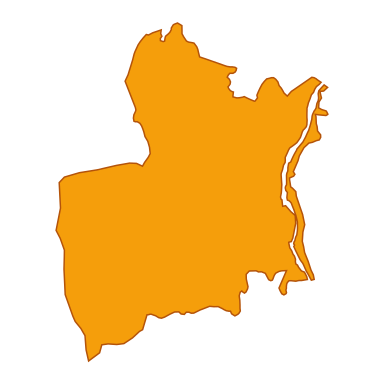 outline of Markz Samalut, Al Minya, Egypt
{"feature_id": "37247803B46419468197970", "entity_name": "Markz Samalut", "entity_type": "district", "adm_level": 2, "iso_a3": "EGY", "parent_name": "Egypt", "parent_adm1": "Al Minya", "projection": "orthographic", "projection_center": [30.711, 28.284], "detail": "fine", "context": "isolated", "style": "filled", "palette": "amber", "viewbox_px": 384, "rotation_deg": 0, "n_neighbors": 0, "source": "geoboundaries", "source_scale": "gbopen_adm2", "svg_char_len": 5613}
<svg xmlns="http://www.w3.org/2000/svg" viewBox="0 0 384 384"><path d="M307.4,279.5L306.8,276.8L305.3,273.7L304.4,272.1L301.4,270.9L298.6,267.3L297.5,265.1L295.8,263.9L295.4,261.6L295.5,259.2L294.4,256.1L292.9,254.0L291.8,251.0L289.8,247.9L288.9,243.6L288.7,242.3L288.8,242.2L291.3,241.6L292.8,238.1L295.7,223.3L295.2,215.5L290.9,211.7L285.6,205.7L282.7,206.3L282.4,204.1L282.1,201.2L282.0,199.9L281.1,199.2L280.5,197.0L281.3,192.9L281.5,190.4L281.7,186.1L281.8,184.8L281.5,180.5L281.3,177.3L281.1,174.7L281.3,173.1L282.5,169.8L283.5,165.3L283.6,165.0L285.1,162.5L285.3,160.2L285.2,157.4L285.8,156.2L287.3,152.9L288.6,149.9L289.8,147.9L291.7,146.6L294.7,144.4L296.8,142.7L298.4,140.5L300.4,137.5L301.5,134.4L302.3,131.8L303.4,129.8L304.4,129.0L306.3,126.7L306.9,124.6L306.9,123.9L307.1,120.3L306.9,117.3L306.9,113.2L307.0,109.8L307.0,108.1L307.7,105.8L308.4,102.8L309.9,99.2L311.4,94.8L313.5,92.4L314.8,89.2L316.4,86.6L319.4,84.2L321.1,82.3L318.5,80.6L316.7,79.3L316.2,78.8L314.1,77.7L311.8,77.3L309.8,78.7L293.3,90.1L291.6,91.2L291.0,91.8L290.4,92.5L289.0,94.1L287.3,96.1L284.0,93.0L282.9,90.9L281.3,88.2L279.1,85.6L277.9,81.9L275.7,79.2L273.6,77.7L271.4,77.7L269.3,78.3L266.7,78.9L264.6,81.1L264.0,81.8L262.0,84.4L260.0,88.2L258.5,91.4L256.9,95.2L257.5,97.9L256.1,99.7L254.9,101.2L254.4,101.2L250.7,99.7L247.4,98.2L244.2,96.6L242.6,97.2L238.9,97.8L236.8,97.9L233.0,96.9L233.0,96.1L233.0,95.3L233.4,92.0L231.8,91.5L230.2,90.5L228.6,88.4L228.0,86.8L229.0,85.7L230.1,84.1L230.5,81.9L229.4,79.3L227.2,77.2L228.3,75.0L229.8,73.3L233.0,73.3L235.1,72.1L236.1,70.5L236.5,68.7L236.6,68.3L235.0,67.3L232.4,66.9L230.2,66.9L227.0,66.4L224.3,65.5L205.8,59.0L202.2,57.8L199.6,56.9L198.4,52.1L197.8,49.4L196.7,46.7L194.0,43.1L191.8,42.6L188.6,42.1L187.2,41.4L186.5,41.1L183.7,36.9L182.0,33.7L182.0,31.5L182.0,31.2L182.0,30.7L181.9,25.6L177.5,23.0L174.4,24.2L173.3,24.8L171.3,28.0L171.3,29.6L169.8,32.4L168.2,34.0L165.6,36.2L165.1,37.8L164.6,41.1L163.1,41.6L160.4,40.6L160.3,38.5L161.9,36.3L160.7,33.6L161.2,29.9L152.7,32.8L148.5,35.0L146.3,34.5L143.3,37.8L140.2,41.7L138.1,44.9L135.3,51.0L135.1,51.4L134.1,54.1L132.6,60.1L130.6,66.6L129.6,69.8L128.1,74.7L125.1,81.2L135.3,107.3L135.9,109.9L135.7,110.7L135.4,111.6L133.9,114.8L133.4,118.1L134.0,121.3L135.6,121.8L137.2,121.7L139.9,123.3L141.6,125.9L142.7,128.6L143.8,131.8L145.0,136.6L147.8,141.3L149.5,147.2L150.2,153.6L148.2,157.4L144.6,162.4L142.5,166.2L136.5,163.4L129.6,163.1L116.5,165.4L97.0,169.9L79.4,172.7L64.4,177.1L59.2,182.6L60.5,208.1L56.1,230.4L60.2,238.3L64.4,250.1L64.3,256.9L64.0,269.2L65.2,294.6L72.8,316.0L75.2,321.5L80.9,328.5L83.3,332.7L85.0,335.6L86.1,349.9L88.6,361.0L99.6,352.8L101.8,344.8L108.1,343.9L116.8,344.5L123.9,343.6L132.5,337.9L139.5,331.4L142.6,329.7L147.0,314.8L147.6,314.8L148.1,314.8L150.2,314.2L151.2,314.2L153.9,315.2L155.5,315.7L158.8,317.7L161.5,318.2L164.6,317.1L169.9,314.2L174.6,312.0L178.9,311.9L181.1,314.0L184.3,314.4L186.3,312.2L189.0,312.2L191.2,313.2L193.8,313.1L200.7,309.7L201.4,309.5L209.6,306.3L213.9,306.7L218.2,306.6L219.0,307.0L222.5,308.7L224.1,309.7L225.2,310.2L226.2,310.7L228.9,311.2L230.5,311.2L231.6,313.8L233.3,314.9L234.9,315.9L237.5,314.5L238.0,314.2L239.1,313.1L240.3,311.0L240.0,308.3L240.0,305.0L239.8,300.2L239.2,295.9L240.2,292.2L241.8,291.0L242.9,292.1L244.5,293.1L246.0,292.0L247.6,288.8L248.0,286.6L247.5,284.5L246.3,279.1L246.2,275.4L246.2,274.3L249.3,271.0L249.8,271.0L256.2,270.8L258.4,271.9L261.5,271.8L265.3,273.3L265.6,273.8L267.0,276.5L268.7,279.7L270.8,280.7L272.4,280.1L272.9,279.0L273.3,278.0L273.9,276.3L274.4,275.2L275.4,273.6L276.0,273.0L279.1,271.4L279.6,271.3L281.8,270.8L284.4,270.7L286.5,270.6L279.0,288.0L280.1,290.7L281.8,293.8L283.9,294.9L286.0,293.7L286.5,292.7L285.9,290.0L286.4,288.4L286.4,286.2L286.8,283.5L287.9,281.9L288.9,280.8L291.0,280.7L295.8,281.2L298.5,280.6L299.5,280.5L301.6,280.5L306.3,279.7L307.4,279.5L307.4,279.5ZM314.2,279.4L313.3,274.8L311.0,270.1L308.1,261.2L306.4,257.0L304.6,252.5L303.6,246.6L302.3,241.3L302.9,232.0L304.7,224.7L302.6,214.5L300.4,208.2L296.3,196.1L295.8,191.6L292.4,188.1L290.7,186.9L290.2,183.6L289.9,181.7L289.6,180.0L289.5,178.0L293.6,176.2L294.9,174.3L293.3,171.7L298.0,160.7L299.3,155.9L304.0,147.6L307.1,144.8L308.8,143.1L312.5,142.3L316.2,140.7L319.3,139.9L320.7,137.3L320.6,134.8L318.9,132.7L317.5,130.9L317.4,129.2L317.1,126.5L316.3,123.8L316.1,119.4L316.0,116.8L315.3,114.4L319.3,114.9L325.9,115.5L326.2,115.4L327.7,114.5L327.9,114.2L326.4,111.2L326.1,111.0L326.0,110.9L321.6,109.5L318.6,107.8L319.0,102.0L321.5,98.0L321.0,96.2L320.2,92.6L320.3,91.3L321.5,91.3L323.7,91.0L327.6,87.4L324.1,84.9L321.1,88.1L318.8,90.8L318.3,93.1L318.2,93.8L318.4,95.7L318.6,98.0L318.2,100.6L316.9,103.5L316.5,105.6L316.1,107.9L315.2,109.6L314.2,110.9L313.6,112.2L312.6,114.4L312.1,116.2L311.8,119.3L310.2,125.5L308.7,130.3L307.6,132.5L305.5,137.2L302.9,142.0L300.6,144.7L300.1,145.3L298.0,147.8L296.9,149.1L296.5,150.4L295.8,151.5L294.3,154.2L293.0,156.8L291.4,160.3L290.8,161.9L288.7,163.2L288.4,164.6L287.9,167.6L287.9,169.9L287.7,171.3L286.9,173.1L286.5,175.2L286.6,182.7L286.5,184.9L285.8,186.0L285.4,187.0L285.3,188.0L285.8,190.4L287.4,192.5L287.0,196.2L286.9,197.8L287.4,200.1L288.7,200.5L290.0,201.5L291.3,203.1L292.3,205.8L293.9,209.8L295.9,215.6L296.6,218.4L297.4,221.9L297.5,228.2L297.4,230.6L296.8,234.9L295.7,237.1L294.8,240.8L294.0,242.1L293.7,243.9L294.2,244.5L294.5,244.9L294.5,245.3L293.8,246.5L295.5,250.3L297.8,255.0L300.2,259.8L300.5,260.1L300.8,260.7L302.7,263.2L303.7,265.2L304.8,267.8L305.6,269.5L306.1,270.8L307.3,272.8L308.2,274.4L309.2,276.2L311.3,280.2L314.2,279.4Z" fill="#f59e0b" stroke="#b45309" stroke-width="1.5"/></svg>